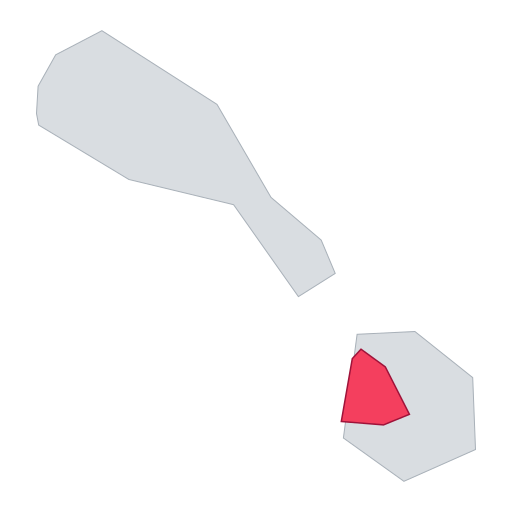 Saint Thomas Lowland highlighted on a map of Saint Kitts and Nevis
{"feature_id": "KNA-5110", "entity_name": "Saint Thomas Lowland", "entity_type": "Parish", "adm_level": 1, "iso_a3": "KNA", "parent_name": "Saint Kitts and Nevis", "parent_adm1": "", "projection": "albers", "projection_center": [-62.608, 17.164], "detail": "fine", "context": "in_parent", "style": "filled", "palette": "rose", "viewbox_px": 512, "rotation_deg": 0, "n_neighbors": 0, "source": "natural_earth", "source_scale": "10m", "svg_char_len": 512}
<svg xmlns="http://www.w3.org/2000/svg" viewBox="0 0 512 512"><path d="M335.2,273.4L298.4,296.6L233.6,204.7L128.9,179.5L38.7,125.1L36.5,113.5L38.1,86.2L55.7,54.8L101.9,30.7L217.0,104.4L271.0,197.4L321.2,240.1L335.2,273.4ZM475.5,449.5L403.9,481.3L343.4,438.0L357.1,334.3L414.9,331.5L472.7,377.6L475.5,449.5Z" fill="#d9dde1" stroke="#a8b0b8" stroke-width="1"/><path d="M341.3,421.5L352.3,358.6L361.0,349.2L385.3,366.9L409.4,414.3L383.5,424.9L341.3,421.5Z" fill="#f43f5e" stroke="#9f1239" stroke-width="1.5"/></svg>